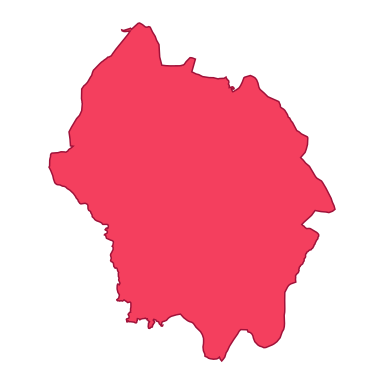 Antsirabe I, Vakinankaratra, Madagascar (Robinson projection)
{"feature_id": "10022922B38771191417556", "entity_name": "Antsirabe I", "entity_type": "district", "adm_level": 2, "iso_a3": "MDG", "parent_name": "Madagascar", "parent_adm1": "Vakinankaratra", "projection": "robinson", "projection_center": [47.02, -19.882], "detail": "fine", "context": "isolated", "style": "filled", "palette": "rose", "viewbox_px": 384, "rotation_deg": 0, "n_neighbors": 0, "source": "geoboundaries", "source_scale": "gbopen_adm2", "svg_char_len": 5951}
<svg xmlns="http://www.w3.org/2000/svg" viewBox="0 0 384 384"><path d="M140.2,23.3L139.4,23.0L138.0,23.4L131.6,29.2L130.5,28.2L129.6,28.6L123.6,30.5L121.8,29.9L122.0,30.7L123.4,31.4L125.0,31.6L130.1,31.1L127.9,34.5L116.0,49.1L112.5,53.9L111.4,55.7L109.0,57.0L107.9,57.1L106.2,58.7L104.1,60.1L103.5,60.7L101.5,62.1L99.8,63.7L93.4,70.3L92.5,72.5L91.7,75.4L90.5,77.1L88.1,81.3L87.5,82.3L85.5,84.5L83.8,85.9L81.7,89.0L81.5,98.6L82.1,102.1L82.0,102.7L82.3,103.4L81.7,110.7L79.6,115.3L76.6,118.6L71.4,127.3L69.0,131.9L70.0,138.9L70.5,145.9L73.1,146.2L71.3,147.8L68.7,149.6L67.7,151.1L65.8,152.2L64.2,151.9L61.0,151.8L57.9,152.7L51.9,153.1L50.8,154.1L50.6,154.8L50.5,156.8L50.0,158.5L49.7,160.3L49.6,165.6L49.5,166.3L49.0,167.1L50.7,170.4L52.8,175.7L53.5,179.0L54.8,182.7L55.7,183.7L57.1,184.6L60.2,185.0L62.3,186.1L64.3,186.4L65.7,187.0L67.3,188.6L69.8,190.1L73.3,193.4L75.6,196.6L76.1,197.8L77.9,199.9L78.3,201.2L79.9,203.4L80.9,203.9L85.0,203.3L86.3,203.7L87.2,204.3L87.9,205.2L88.0,208.6L88.4,209.7L88.8,210.4L89.9,211.0L90.7,211.9L90.9,212.9L91.9,214.5L92.3,216.1L92.2,216.7L94.1,218.5L94.5,219.2L95.2,219.9L96.7,220.8L99.5,221.8L100.7,222.4L101.7,223.0L102.5,224.1L103.0,224.4L106.7,224.4L107.7,224.6L108.0,225.1L108.4,226.0L108.1,227.9L107.6,228.5L107.2,227.9L106.2,228.2L105.1,229.7L105.5,230.1L106.4,230.3L107.2,231.2L107.4,231.7L107.2,232.9L106.3,233.6L104.6,234.4L104.4,234.9L105.4,235.3L105.8,236.0L106.5,238.3L111.0,240.3L112.2,240.6L113.3,241.5L113.4,242.1L113.0,244.6L112.7,245.6L112.1,246.2L112.9,247.0L113.1,247.5L113.1,249.5L111.7,252.4L110.7,254.1L110.5,255.2L111.3,258.1L110.6,260.7L111.2,261.6L112.3,262.0L113.4,263.2L113.8,266.4L115.2,268.2L116.1,267.9L116.9,268.3L117.4,269.5L117.6,270.7L118.6,272.5L118.3,273.5L118.4,276.6L118.9,277.4L119.0,278.6L118.7,279.3L118.7,280.2L119.9,282.9L119.9,283.6L119.1,284.8L118.5,284.2L117.9,284.0L117.6,284.1L117.2,285.6L117.1,288.0L117.1,289.0L117.9,292.3L119.4,294.9L118.8,297.8L117.9,298.9L116.8,299.7L116.9,300.2L117.6,300.8L119.3,300.8L119.8,301.1L120.9,300.6L121.4,300.7L122.2,301.1L123.0,300.8L123.9,300.0L124.3,300.0L125.4,300.9L126.5,301.5L127.5,302.5L128.1,302.5L129.8,302.0L130.2,302.1L130.7,302.6L130.9,303.3L130.9,307.1L130.5,309.2L130.7,310.2L130.4,311.2L130.6,312.2L129.5,312.5L129.2,312.8L128.9,313.6L128.1,314.2L128.2,314.7L129.1,316.2L129.0,317.8L128.5,318.3L126.7,318.9L126.4,319.3L126.4,319.8L126.7,320.4L126.8,321.8L127.3,321.9L127.8,321.0L128.2,320.9L128.8,321.7L130.6,321.7L134.4,322.2L135.1,322.8L136.1,322.9L136.6,322.5L136.8,322.0L136.8,321.1L137.3,320.5L137.2,319.4L137.4,318.6L138.2,318.7L139.1,319.0L139.9,319.8L140.6,319.2L142.8,318.6L144.2,318.6L144.7,318.3L145.4,318.2L145.7,318.6L147.2,318.7L147.0,319.7L147.7,320.0L148.4,321.0L149.5,321.6L149.3,322.2L148.5,323.1L148.2,326.6L148.6,328.2L149.5,328.4L149.9,328.3L150.8,327.3L152.1,327.1L152.4,326.8L152.6,325.1L153.3,324.6L153.5,323.7L154.5,322.6L154.6,322.0L154.4,321.3L153.6,320.8L153.3,320.4L153.5,319.5L153.8,319.3L155.4,319.8L156.1,320.2L156.7,321.2L158.4,321.7L158.7,322.0L159.3,323.8L160.5,324.9L161.2,326.0L162.0,326.2L162.5,326.0L162.8,325.2L162.2,325.3L161.6,324.8L161.5,324.2L162.0,322.2L162.8,321.6L164.4,321.2L166.5,320.3L168.2,318.3L169.5,317.3L171.3,316.3L176.5,314.8L180.5,314.1L183.7,317.7L187.5,320.6L189.5,321.6L191.8,322.3L192.9,323.0L193.9,324.1L196.0,327.2L200.6,331.7L202.4,334.8L203.5,338.2L203.6,340.8L203.5,343.7L203.0,346.9L203.4,350.8L204.8,354.0L205.0,356.3L207.2,357.2L208.5,358.2L210.1,358.7L213.5,359.2L216.8,358.9L218.1,358.3L219.4,357.1L220.4,359.4L221.7,361.0L223.2,359.3L224.8,357.1L226.1,352.8L227.5,350.6L229.5,346.2L233.6,339.7L237.6,334.0L239.1,331.3L240.7,329.6L247.2,329.8L248.0,331.9L250.0,332.4L251.3,333.4L252.1,334.3L252.9,335.9L253.4,338.1L254.8,341.7L257.8,344.9L259.7,346.1L261.8,346.7L263.9,347.7L265.9,347.5L272.4,344.8L274.3,343.7L276.9,341.7L280.1,337.8L282.2,331.9L283.7,329.3L284.3,326.6L284.5,323.4L284.2,315.4L284.7,312.1L284.8,308.9L284.7,300.1L284.8,292.4L287.6,286.9L288.7,285.4L290.1,284.3L290.8,283.9L295.8,282.1L295.5,279.4L295.7,277.0L295.5,276.0L295.7,275.5L296.7,274.0L297.7,273.2L298.5,272.1L299.1,270.2L298.7,269.5L299.2,268.4L299.2,267.6L299.6,266.8L300.2,266.5L300.3,265.9L300.9,265.2L302.5,264.0L302.9,263.4L303.1,262.5L304.1,260.9L304.2,258.8L305.2,257.7L305.6,256.8L305.5,255.0L306.0,253.6L306.5,253.3L306.7,252.3L308.0,251.5L309.4,250.1L311.0,249.8L311.7,248.8L312.4,248.4L312.8,247.9L314.0,245.7L314.0,245.1L315.0,244.0L315.1,243.3L316.6,240.2L317.6,239.1L317.9,238.5L317.9,237.4L318.7,236.1L318.7,234.7L317.9,233.5L316.7,232.4L310.3,228.6L309.1,228.4L306.6,228.6L305.0,227.4L304.0,226.2L302.8,225.5L301.8,224.5L304.0,222.2L311.6,215.3L315.1,210.5L321.1,211.6L326.0,212.0L328.9,212.6L332.6,211.2L335.0,209.3L334.0,205.7L332.4,202.2L331.1,198.3L325.9,188.1L322.7,182.7L321.5,181.0L316.9,178.2L315.5,176.6L309.4,166.3L305.6,163.1L303.1,160.0L300.6,157.6L305.1,152.4L306.3,149.1L307.5,144.5L307.8,137.9L307.4,136.9L301.4,133.9L299.0,131.8L296.8,130.6L292.5,122.5L291.1,120.9L289.6,118.0L288.3,117.2L287.4,114.5L284.8,110.3L283.5,109.1L281.1,107.6L280.4,106.8L280.3,105.1L278.8,101.6L267.8,96.7L264.2,93.1L260.0,89.4L258.9,87.3L258.0,83.2L256.7,80.0L255.3,78.1L254.2,77.3L252.5,76.4L250.3,75.5L244.7,77.2L243.9,77.8L242.3,82.1L240.7,85.4L239.4,87.5L238.3,88.5L236.4,89.8L233.4,91.6L232.6,91.7L231.3,88.9L231.4,88.6L233.0,89.1L233.7,89.1L234.0,88.9L234.1,88.5L233.9,87.9L233.4,87.7L232.8,86.8L231.5,87.0L229.2,87.6L229.3,85.8L229.1,85.1L228.4,84.1L228.9,82.5L228.7,80.9L228.1,80.2L227.4,79.8L226.1,77.6L226.0,77.1L224.1,78.3L219.8,78.5L219.0,78.6L218.2,78.9L213.4,77.7L209.2,77.6L202.6,76.6L198.7,74.6L196.2,74.0L191.8,71.8L195.4,59.1L192.6,58.0L191.1,57.7L190.0,57.7L186.1,61.7L184.3,64.3L183.3,65.0L182.1,65.2L181.7,65.5L179.5,65.8L170.3,65.9L166.0,65.7L161.8,65.2L159.7,57.0L159.0,44.6L156.6,40.3L155.2,36.4L152.5,32.0L150.2,27.2L148.8,26.6L147.0,27.2L145.4,27.0L142.6,24.7L140.2,23.3Z" fill="#f43f5e" stroke="#9f1239" stroke-width="1.5"/></svg>